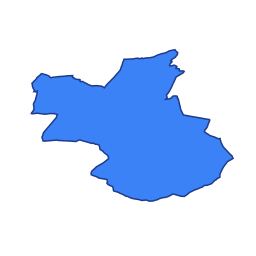 Nissedal nor, Telemark, Norway (Robinson projection), rotated 155°
{"feature_id": "86288312B6017689781650", "entity_name": "Nissedal nor", "entity_type": "district", "adm_level": 2, "iso_a3": "NOR", "parent_name": "Norway", "parent_adm1": "Telemark", "projection": "robinson", "projection_center": [8.535, 59.049], "detail": "fine", "context": "isolated", "style": "filled", "palette": "blue", "viewbox_px": 256, "rotation_deg": 155, "n_neighbors": 0, "source": "geoboundaries", "source_scale": "gbopen_adm2", "svg_char_len": 5529}
<svg xmlns="http://www.w3.org/2000/svg" viewBox="0 0 256 256"><g transform="rotate(155 128 128)"><path d="M51.0,175.5L51.3,176.0L51.7,176.3L51.9,176.7L51.9,177.1L52.0,177.6L52.5,178.6L52.4,179.2L57.4,180.3L58.4,180.4L61.7,180.2L66.6,181.2L68.6,181.4L69.7,181.6L74.5,181.6L75.6,181.7L76.3,182.0L76.7,182.0L77.8,182.3L79.1,182.6L81.4,183.6L82.7,184.1L83.2,184.1L84.2,184.4L84.8,184.5L85.4,184.6L85.6,184.8L85.5,185.3L85.8,185.5L86.2,185.5L86.8,185.6L87.8,186.0L88.1,185.9L88.7,186.0L88.9,186.1L89.0,186.6L89.4,187.0L89.6,187.2L90.0,187.3L90.6,187.4L91.0,187.7L91.6,187.8L92.2,188.1L93.5,188.2L96.4,189.4L97.9,190.0L100.9,191.2L101.4,191.5L102.6,192.0L103.9,190.6L104.7,189.8L105.3,189.3L106.3,188.1L107.7,186.7L108.1,186.4L108.6,185.8L110.7,183.7L113.3,182.5L115.2,181.7L117.9,180.5L119.9,179.6L122.7,178.6L123.6,178.2L126.2,177.3L129.3,176.1L132.5,174.4L133.3,175.8L133.4,176.1L133.9,176.7L134.8,177.3L135.8,178.1L138.6,179.7L140.1,180.3L141.1,180.7L141.6,181.0L142.8,181.2L143.0,181.4L143.5,182.0L143.8,182.4L144.8,183.2L145.4,183.9L146.3,185.1L146.9,185.9L147.8,187.0L149.4,189.2L149.8,189.6L150.0,189.7L150.8,189.8L151.4,190.1L151.5,190.2L151.8,191.1L151.5,191.3L151.3,191.5L151.1,191.6L151.0,191.8L151.3,192.2L151.3,192.3L151.5,192.5L151.8,192.7L152.1,192.8L152.6,192.9L152.9,193.2L153.4,193.5L154.5,194.3L155.3,195.0L155.8,195.6L155.8,196.2L155.8,196.5L156.8,197.4L156.7,198.0L156.0,198.9L157.2,199.4L159.4,200.3L161.2,201.0L164.2,202.0L166.7,202.9L167.4,203.3L171.0,204.5L174.9,205.8L175.7,206.0L176.6,206.2L177.2,206.6L177.4,207.8L177.5,208.1L177.7,208.5L178.2,209.1L178.3,209.3L179.1,210.1L179.5,210.6L183.3,213.8L184.1,213.7L185.8,213.0L188.2,212.4L188.4,212.4L188.9,212.2L189.0,212.2L189.4,212.1L189.4,211.9L189.7,211.7L190.1,211.4L190.8,211.0L191.9,210.6L192.6,210.4L193.4,210.2L194.9,209.5L196.2,209.1L196.3,208.3L196.7,206.8L197.0,206.1L197.0,205.7L197.0,205.4L197.0,205.0L197.1,204.8L197.2,204.4L197.2,204.2L197.2,203.9L196.8,201.7L198.0,200.8L196.1,200.0L196.2,199.8L196.2,199.7L195.5,199.7L195.2,199.6L194.7,199.7L195.7,198.0L196.3,197.0L196.7,196.6L197.1,196.2L197.7,195.4L197.9,195.1L198.5,194.5L199.0,194.0L199.4,193.4L199.5,193.3L199.6,193.0L201.7,191.2L202.4,190.8L203.1,190.2L203.6,189.6L203.9,188.8L204.7,185.8L204.9,185.6L205.6,184.5L207.4,183.2L207.9,183.0L208.6,182.6L208.9,182.5L209.5,181.9L208.7,181.3L204.1,179.8L198.6,176.3L196.5,175.2L194.5,174.7L192.3,173.9L188.6,172.1L186.4,170.0L188.7,167.7L205.9,159.8L206.8,159.3L207.6,158.3L208.2,157.6L209.0,156.8L209.9,156.1L210.4,152.1L208.5,151.1L205.7,150.1L205.3,150.0L203.3,149.2L196.8,146.8L196.7,146.3L185.4,140.3L181.0,137.8L177.1,137.8L169.2,131.0L167.7,129.6L167.4,129.4L165.9,128.9L165.4,128.5L165.2,128.0L165.0,127.7L164.6,127.3L164.3,127.1L162.7,126.0L161.5,124.9L161.6,123.4L162.4,120.4L161.0,118.2L160.4,117.4L160.3,116.5L160.1,116.0L160.0,115.7L159.5,114.6L157.9,111.6L158.4,108.8L158.6,108.4L164.5,107.0L165.6,106.8L172.8,106.2L176.8,104.9L178.6,104.4L180.2,103.2L181.1,101.2L178.6,98.5L177.7,97.9L175.4,94.8L171.4,92.0L169.0,90.4L169.0,89.6L169.3,87.6L170.4,87.1L170.0,85.1L169.2,84.3L168.5,83.4L166.8,81.4L166.8,80.5L166.8,80.1L166.8,79.9L167.0,79.4L167.6,77.6L167.6,77.0L164.5,74.3L163.2,73.0L163.1,72.5L161.1,70.4L160.6,69.8L160.1,69.2L159.9,68.7L159.3,67.7L158.4,66.9L157.3,66.2L155.7,64.2L154.5,62.9L152.9,61.6L152.1,61.0L151.4,60.6L149.4,59.2L148.1,58.3L147.2,57.5L146.1,56.5L141.9,55.0L139.6,52.7L137.4,51.8L136.1,51.3L135.6,51.2L134.3,51.1L131.7,50.6L129.0,50.7L128.3,50.5L127.9,50.5L126.6,50.2L126.0,50.2L124.1,49.5L121.2,48.9L116.8,49.0L116.1,49.3L114.8,49.0L108.9,43.8L106.0,42.2L102.7,42.6L102.0,42.8L100.7,43.2L99.2,43.6L96.5,43.6L95.8,43.7L94.8,43.7L94.4,43.6L93.8,43.6L93.3,43.8L92.1,43.5L91.3,43.4L90.7,43.4L87.9,43.3L85.8,43.1L82.7,43.7L80.9,42.7L75.9,42.2L74.5,42.7L74.1,42.9L71.1,43.9L70.8,43.8L70.5,43.9L70.0,43.8L69.6,43.9L69.5,44.0L69.3,44.3L68.3,44.4L67.6,44.6L67.2,44.6L67.0,44.4L66.8,44.4L66.3,44.6L66.0,44.7L65.5,44.6L64.4,47.0L62.1,49.1L60.5,50.4L60.2,50.8L59.6,51.1L58.3,52.1L55.3,53.8L52.0,55.5L45.6,56.0L45.6,59.1L46.6,61.2L49.7,70.8L49.7,73.5L49.8,75.7L49.0,79.6L50.4,79.9L52.3,81.9L52.9,82.7L54.0,83.8L54.4,84.1L55.9,85.6L57.2,86.8L57.8,88.1L59.0,89.9L59.8,91.3L60.3,92.1L59.4,93.5L56.7,94.8L55.3,95.8L54.0,97.4L52.9,98.3L50.8,100.3L50.5,100.9L50.9,101.5L51.4,101.8L54.3,103.7L57.3,105.9L60.2,107.9L61.8,109.0L66.0,111.9L66.8,112.5L67.1,112.6L67.6,113.1L72.3,116.4L72.4,122.9L72.0,124.1L70.2,133.1L70.4,133.2L70.6,133.5L70.4,133.8L70.5,133.9L70.3,134.1L70.3,134.3L70.5,134.9L70.4,135.1L70.0,135.9L70.1,136.1L70.4,136.3L70.9,136.7L71.7,137.1L72.1,137.3L73.6,137.9L74.5,137.7L75.3,137.2L76.8,136.9L78.3,137.0L81.5,138.0L81.2,138.1L80.9,138.3L79.8,138.6L79.6,139.5L79.4,140.8L79.4,141.2L79.3,141.5L75.9,143.2L75.6,143.5L74.8,144.0L71.5,146.4L70.5,147.3L70.1,147.8L68.0,149.5L67.3,150.0L64.6,152.3L63.3,153.4L62.6,154.0L62.1,154.0L58.3,154.3L57.3,154.5L54.5,154.7L53.2,155.6L54.1,156.6L55.4,157.0L57.3,158.3L57.2,158.6L56.9,159.1L56.6,159.7L56.6,160.0L58.0,161.0L58.8,161.3L59.4,161.6L59.4,161.8L59.0,162.2L57.9,162.9L57.8,163.1L57.7,163.2L57.9,163.5L58.7,164.5L58.9,164.8L60.0,165.6L60.4,165.7L62.5,165.9L63.1,166.1L63.8,166.7L63.8,166.9L63.9,167.0L63.9,167.3L63.4,167.6L63.3,167.8L63.2,167.9L63.1,168.0L62.4,168.4L62.1,168.5L61.5,168.8L61.3,168.9L61.1,169.0L60.7,169.2L60.2,169.3L60.1,169.9L60.4,170.0L60.8,170.0L60.9,170.4L60.8,170.5L60.7,170.7L60.8,171.0L59.8,171.4L59.3,171.5L58.7,171.7L55.4,172.1L54.8,172.4L52.3,173.6L52.1,173.9L51.0,175.5Z" fill="#3b82f6" stroke="#1e3a8a" stroke-width="1.5"/></g></svg>